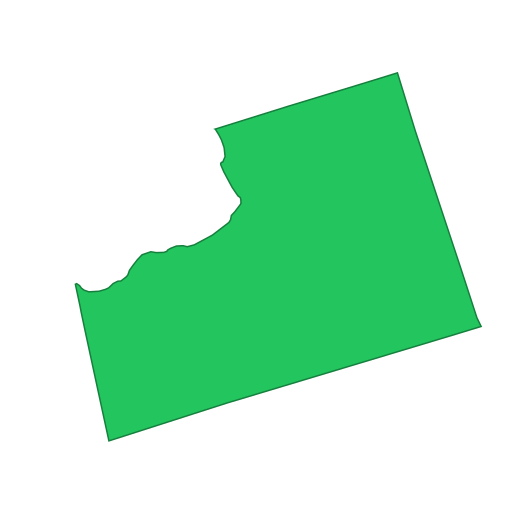 the district of Baker, Florida, United States of America, rotated 253°
{"feature_id": "52423323B7766336727769", "entity_name": "Baker", "entity_type": "district", "adm_level": 2, "iso_a3": "USA", "parent_name": "United States of America", "parent_adm1": "Florida", "projection": "equal_earth", "projection_center": [-82.214, 30.36], "detail": "fine", "context": "isolated", "style": "filled", "palette": "green", "viewbox_px": 512, "rotation_deg": 253, "n_neighbors": 0, "source": "geoboundaries", "source_scale": "gbopen_adm2", "svg_char_len": 960}
<svg xmlns="http://www.w3.org/2000/svg" viewBox="0 0 512 512"><g transform="rotate(253 256 256)"><path d="M122.2,61.3L123.9,184.3L122.8,426.2L122.8,450.7L132.4,449.2L187.4,448.2L328.9,444.9L389.8,444.8L389.7,406.7L389.8,331.5L389.3,254.1L389.2,254.2L382.7,255.9L377.2,256.9L369.0,257.2L360.1,255.5L355.5,251.6L355.7,250.5L355.0,249.4L353.5,249.0L346.0,249.8L328.4,253.3L318.8,256.3L316.4,258.1L314.1,257.9L311.0,257.1L310.0,256.3L304.5,248.7L302.0,244.3L298.1,242.3L296.0,239.9L288.7,220.3L284.7,200.1L285.0,192.9L287.2,189.2L288.8,182.8L288.3,176.4L287.5,173.2L286.5,172.0L286.4,168.9L288.4,161.6L290.8,156.7L290.5,147.4L287.2,141.6L283.0,135.6L279.4,130.9L275.1,127.7L273.9,125.6L271.6,119.5L272.3,116.4L271.4,111.3L268.6,105.8L268.1,102.2L268.2,95.6L270.6,85.7L273.7,81.5L276.4,79.6L279.3,78.6L282.0,76.4L281.8,75.0L258.9,73.0L253.6,72.4L234.5,70.7L177.5,65.9L148.8,63.5L122.3,61.3L122.2,61.3Z" fill="#22c55e" stroke="#15803d" stroke-width="1.5"/></g></svg>